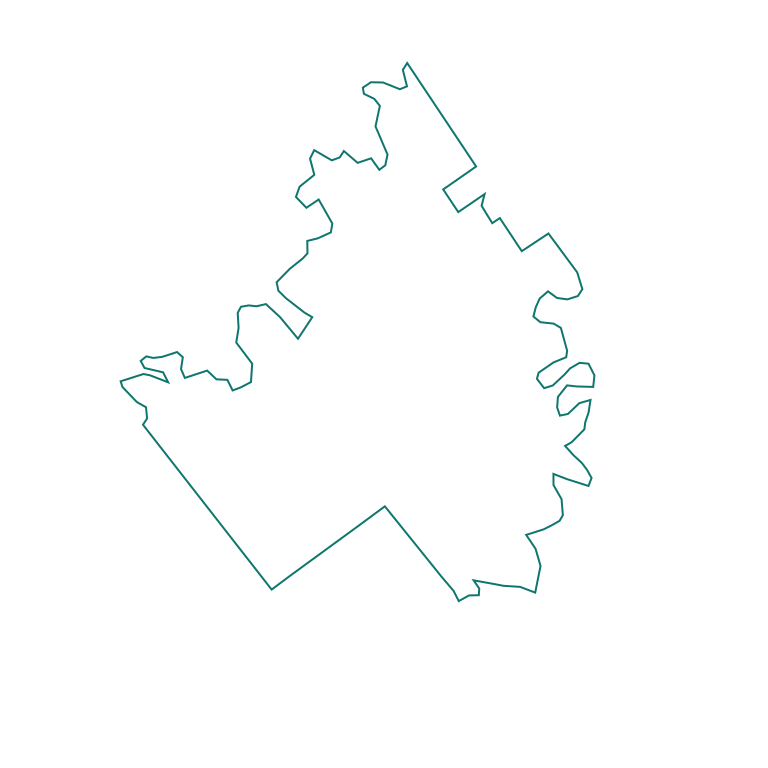 outline of Guaporé, Rio Grande do Sul, Brazil, rotated 236°
{"feature_id": "56859067B75803801424105", "entity_name": "Guaporé", "entity_type": "district", "adm_level": 2, "iso_a3": "BRA", "parent_name": "Brazil", "parent_adm1": "Rio Grande do Sul", "projection": "mercator", "projection_center": [-51.895, -28.851], "detail": "fine", "context": "isolated", "style": "outline", "palette": "teal", "viewbox_px": 768, "rotation_deg": 236, "n_neighbors": 0, "source": "geoboundaries", "source_scale": "gbopen_adm2", "svg_char_len": 2014}
<svg xmlns="http://www.w3.org/2000/svg" viewBox="0 0 768 768"><g transform="rotate(236 384 384)"><path d="M368.5,606.6L416.8,604.5L417.1,572.5L456.8,572.8L456.8,563.7L469.8,564.2L477.2,564.6L485.2,573.6L485.0,541.7L512.2,541.9L512.8,582.0L637.1,582.7L633.9,575.3L617.9,569.5L619.5,562.0L634.5,551.8L641.5,541.9L641.5,532.2L635.8,529.6L625.8,535.4L616.9,536.1L602.3,521.0L572.2,515.2L564.6,507.4L564.2,499.9L578.3,499.5L582.1,485.8L599.6,481.0L596.6,474.0L598.6,465.8L616.9,456.9L612.2,448.7L596.4,443.2L594.8,424.4L588.3,415.6L573.5,418.2L573.5,433.0L545.9,430.9L539.4,424.7L541.8,410.5L545.5,400.4L535.1,393.6L533.5,386.7L532.2,370.4L528.4,351.9L520.3,348.6L509.9,350.7L487.6,358.0L479.5,361.9L469.6,338.0L497.6,335.2L516.3,330.8L519.7,321.8L524.8,315.8L528.0,308.6L524.8,302.5L511.8,294.8L501.0,284.7L474.6,286.1L460.0,274.8L461.3,263.3L463.3,254.9L475.0,256.5L481.6,247.7L494.0,244.9L500.4,222.3L509.9,224.1L518.7,232.2L526.2,230.3L530.6,215.1L534.7,207.2L539.8,202.4L539.2,195.2L531.2,194.4L517.2,207.4L506.1,206.0L522.3,194.7L526.8,190.1L533.5,167.2L527.8,165.5L507.3,169.0L497.8,173.7L487.9,168.3L485.0,161.4L332.2,172.0L276.4,175.9L277.6,200.5L280.7,283.6L282.1,316.3L192.4,323.9L173.6,326.0L162.2,324.6L161.2,336.2L155.9,344.5L161.2,348.6L171.1,348.5L158.4,361.6L149.8,370.3L139.7,383.4L126.5,392.7L145.6,412.0L162.6,417.5L179.4,417.5L174.2,435.2L173.1,443.9L172.4,453.1L175.2,458.9L189.2,466.8L205.4,468.0L214.7,474.2L202.8,482.5L185.1,496.5L190.0,503.5L199.1,504.3L207.7,503.9L218.8,501.3L231.4,499.5L230.8,506.9L234.4,524.8L239.7,529.4L246.0,537.7L255.3,546.3L258.9,535.2L256.3,519.7L259.4,512.2L267.7,514.4L276.0,520.9L280.5,535.0L274.2,542.4L264.6,555.8L273.5,563.3L286.5,564.9L292.2,557.9L292.9,547.0L290.9,539.0L288.4,523.1L291.0,514.4L302.8,513.7L306.9,518.5L307.1,536.6L304.3,550.0L309.1,554.4L331.6,562.0L339.2,558.4L347.8,548.2L356.4,545.6L362.8,552.8L367.8,560.9L369.1,571.8L358.6,575.5L351.6,583.4L348.5,593.9L351.7,601.5L368.5,606.6Z" fill="none" stroke="#0f766e" stroke-width="2"/></g></svg>